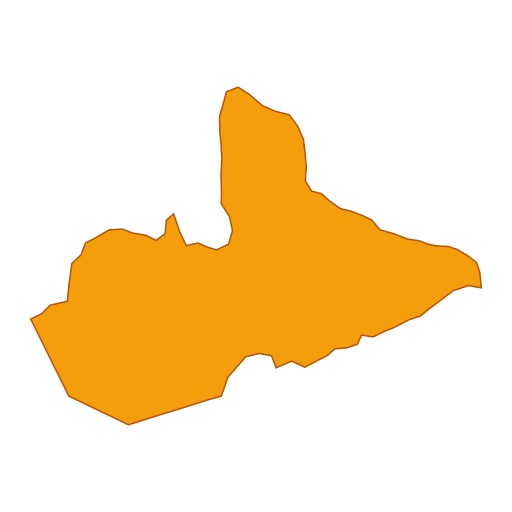 outline of Lajeado Grande, Santa Catarina, Brazil
{"feature_id": "56859067B27052797536229", "entity_name": "Lajeado Grande", "entity_type": "district", "adm_level": 2, "iso_a3": "BRA", "parent_name": "Brazil", "parent_adm1": "Santa Catarina", "projection": "natural_earth1", "projection_center": [-52.542, -26.847], "detail": "fine", "context": "isolated", "style": "filled", "palette": "amber", "viewbox_px": 512, "rotation_deg": 0, "n_neighbors": 0, "source": "geoboundaries", "source_scale": "gbopen_adm2", "svg_char_len": 1234}
<svg xmlns="http://www.w3.org/2000/svg" viewBox="0 0 512 512"><path d="M238.1,87.2L226.5,91.7L223.2,103.8L219.5,116.6L219.9,132.7L221.0,143.5L221.9,158.5L221.0,174.6L221.5,191.2L221.3,203.8L229.5,216.6L232.5,230.5L228.6,244.1L216.7,249.9L207.0,247.0L198.1,243.0L186.2,245.5L179.9,232.2L173.6,213.9L166.5,220.1L165.0,233.8L156.1,240.3L145.5,235.2L132.7,233.1L122.3,229.1L109.3,229.8L95.6,237.8L85.5,243.0L81.2,254.7L71.8,263.6L69.2,282.9L67.3,301.3L50.2,305.1L41.7,313.8L30.7,319.0L68.8,396.1L102.3,412.2L128.5,424.8L158.9,415.1L178.1,409.3L207.2,400.1L221.3,396.1L228.0,377.0L245.7,356.8L259.1,353.5L271.5,355.7L276.2,367.8L291.6,361.1L304.8,367.2L316.8,360.9L327.6,355.3L334.9,348.8L346.4,347.9L357.3,344.3L361.6,335.1L373.1,336.9L384.1,331.5L393.6,327.7L409.4,319.6L420.3,316.1L429.3,308.7L441.1,299.9L453.2,290.7L468.5,285.6L481.3,287.8L479.8,272.4L476.5,262.5L467.5,255.6L457.3,249.5L448.8,246.6L436.9,245.9L427.8,244.1L419.2,240.8L407.3,239.0L394.0,233.8L379.8,229.8L371.7,219.9L361.1,215.0L351.6,211.4L340.1,208.5L329.1,200.6L321.1,193.5L311.6,191.2L305.3,180.9L306.3,166.6L305.0,152.9L303.5,139.5L297.7,126.2L289.2,114.8L274.9,111.2L262.4,105.6L249.6,94.6L238.1,87.2Z" fill="#f59e0b" stroke="#b45309" stroke-width="1.5"/></svg>